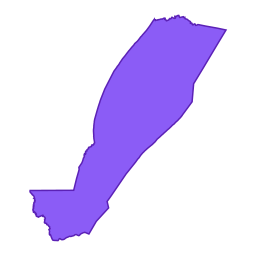 outline of Sinazongwe, Southern, Zambia
{"feature_id": "96606910B20600796740117", "entity_name": "Sinazongwe", "entity_type": "district", "adm_level": 2, "iso_a3": "ZMB", "parent_name": "Zambia", "parent_adm1": "Southern", "projection": "natural_earth1", "projection_center": [27.144, -17.456], "detail": "fine", "context": "isolated", "style": "filled", "palette": "violet", "viewbox_px": 256, "rotation_deg": 0, "n_neighbors": 0, "source": "geoboundaries", "source_scale": "gbopen_adm2", "svg_char_len": 5307}
<svg xmlns="http://www.w3.org/2000/svg" viewBox="0 0 256 256"><path d="M92.2,144.8L91.8,145.0L91.6,145.3L91.4,146.1L91.5,146.5L91.2,146.6L88.6,147.4L88.5,147.8L88.6,148.6L88.1,148.8L86.9,149.9L86.9,150.7L86.8,151.0L86.1,151.0L85.6,151.4L85.7,152.0L85.7,153.7L85.7,153.8L85.3,154.4L85.2,154.4L85.0,153.8L84.8,153.4L84.7,153.4L84.3,154.2L84.2,154.5L84.2,154.8L84.1,155.4L84.2,155.5L84.3,155.6L84.4,156.1L84.1,156.7L84.1,157.1L84.0,157.5L83.4,158.1L83.4,158.3L82.6,161.1L81.8,163.0L78.9,167.3L78.9,167.6L79.0,168.2L79.1,169.6L78.4,172.2L76.6,178.4L73.7,190.3L30.1,190.5L30.0,191.2L30.0,191.4L30.3,192.4L30.6,192.8L31.6,193.4L31.8,193.7L31.8,194.0L32.1,194.4L32.1,194.5L32.5,194.9L32.9,195.2L33.2,195.3L33.2,195.5L33.4,195.7L33.6,195.8L34.0,196.3L34.3,197.3L34.2,197.5L34.1,197.8L34.4,198.1L34.2,198.3L34.3,198.3L34.5,198.5L34.7,198.8L34.7,199.0L34.7,199.3L34.6,199.7L34.9,200.0L35.1,200.6L35.0,201.0L34.9,200.8L34.6,200.8L34.5,201.0L34.7,201.6L34.6,201.9L34.4,202.0L34.1,202.4L34.2,202.5L34.1,202.9L33.9,202.9L33.8,203.2L33.9,204.1L33.8,204.6L33.7,205.0L33.8,205.4L33.6,205.4L33.8,205.7L33.7,206.0L33.8,206.2L33.7,206.4L33.4,206.3L33.3,206.8L33.2,207.0L33.4,207.2L33.5,207.5L33.4,207.8L33.6,208.0L33.3,208.3L33.4,208.5L33.3,208.8L33.1,208.9L33.0,209.2L32.9,209.4L33.2,210.1L33.2,210.4L33.0,210.7L33.2,211.0L33.6,211.2L33.4,211.8L33.4,212.1L33.6,212.3L34.2,212.2L34.3,211.9L34.5,211.9L34.7,212.6L35.1,212.8L35.0,213.1L35.3,212.7L35.6,213.0L35.3,213.2L35.7,213.4L35.8,213.5L35.9,213.8L36.0,213.8L36.2,214.0L35.8,214.3L35.7,214.4L36.2,214.9L36.1,215.5L36.2,215.9L36.4,216.1L36.8,216.4L37.0,216.3L37.5,216.5L37.7,216.8L38.5,217.1L38.7,216.8L38.9,216.9L39.0,216.8L39.2,216.6L40.4,216.2L40.7,216.0L41.8,215.6L42.1,215.5L42.6,215.5L42.4,215.8L42.4,216.0L42.7,216.4L42.9,216.4L43.0,216.2L43.1,215.7L43.5,216.1L43.5,216.5L44.0,216.7L44.5,216.9L44.6,217.2L44.8,217.4L45.0,217.6L45.3,218.2L45.3,218.6L45.2,218.8L44.6,219.2L44.9,219.6L44.7,220.2L44.8,220.4L44.6,221.3L44.5,221.5L44.8,222.4L44.5,222.7L45.2,223.3L45.8,223.3L46.3,223.6L46.6,223.5L46.8,224.6L47.0,224.7L47.5,224.9L48.0,225.0L48.2,225.4L48.5,225.7L48.7,226.2L49.6,226.7L49.6,227.0L49.6,227.9L50.0,228.3L50.1,228.5L49.9,229.0L49.7,229.1L49.0,229.4L48.9,229.6L49.2,230.0L49.6,231.4L49.4,232.4L49.4,233.5L49.4,234.2L49.5,234.6L49.7,234.9L49.8,235.0L50.0,234.9L50.4,234.7L50.7,235.3L51.2,236.8L51.9,238.5L52.6,239.9L52.9,240.1L53.0,240.2L54.1,240.4L56.8,240.5L57.8,240.6L58.0,240.6L58.2,240.4L58.9,239.4L59.2,238.9L59.4,238.7L59.8,238.6L60.0,238.6L60.9,239.3L61.5,239.6L62.0,239.7L63.1,239.6L64.1,239.3L66.6,237.5L67.7,237.2L69.1,236.5L69.7,236.3L70.8,236.5L71.2,236.4L72.1,236.1L73.6,235.7L74.1,235.5L74.4,235.2L74.7,234.9L75.0,234.8L76.1,234.5L77.4,235.1L78.5,235.6L78.8,235.6L79.0,235.6L79.6,235.2L80.4,234.2L81.4,233.6L83.5,232.6L84.2,232.6L84.8,232.3L88.9,234.0L96.3,221.3L108.6,207.9L107.1,201.4L108.4,199.7L111.3,195.6L126.1,173.9L135.5,162.2L137.8,159.0L139.0,157.8L140.5,155.5L142.7,152.9L143.7,152.0L144.5,151.1L147.7,148.2L151.0,145.5L152.3,144.5L153.3,143.5L155.2,141.7L157.2,139.1L159.8,136.9L161.9,134.9L162.7,134.3L163.7,133.3L166.4,130.9L167.5,129.8L168.9,128.7L171.3,126.4L172.4,125.2L174.2,123.9L175.5,122.4L177.8,120.4L178.7,119.3L179.7,118.4L180.2,117.8L181.2,116.7L181.5,116.3L181.4,116.3L192.1,101.8L193.5,85.3L193.6,83.8L203.5,67.5L218.9,41.7L222.3,36.1L226.0,30.0L217.5,28.2L205.8,26.1L198.3,24.6L197.6,24.6L197.2,25.0L196.0,25.4L195.7,25.4L195.1,24.1L194.8,24.0L194.5,23.9L194.1,24.0L193.8,24.4L193.5,24.7L192.8,24.8L192.6,24.8L192.2,24.4L192.1,23.5L191.9,23.2L191.6,23.0L191.1,23.2L190.5,23.3L190.4,23.3L190.3,23.0L190.5,22.0L190.5,21.8L190.0,21.3L188.8,20.7L187.2,19.3L186.1,19.0L185.8,18.8L185.2,18.8L185.0,18.5L184.9,18.1L184.9,17.8L184.8,17.3L184.3,17.5L183.7,17.5L183.4,17.3L183.5,16.9L183.4,16.7L183.2,16.7L180.3,17.4L179.9,17.5L179.7,17.4L179.2,16.7L179.2,16.3L179.0,16.1L178.9,15.6L178.8,15.4L178.6,15.4L178.2,15.4L177.8,15.5L177.4,15.8L177.2,15.8L176.8,16.0L176.4,16.2L175.7,16.6L174.9,16.2L174.8,16.4L174.8,16.6L175.1,17.0L175.6,17.3L175.6,17.6L175.5,17.9L175.2,18.3L174.9,18.4L174.7,18.2L174.4,18.1L174.0,18.3L173.3,18.0L172.2,17.3L171.8,17.3L171.4,18.1L171.0,18.6L170.7,18.8L169.9,18.5L169.4,19.2L169.1,19.2L168.7,20.0L167.8,20.3L166.7,20.8L166.3,20.7L166.1,20.1L165.8,19.8L165.3,19.7L164.7,19.4L164.8,18.8L165.0,18.9L165.2,18.4L165.1,18.2L164.9,18.1L163.9,18.2L163.4,18.4L163.0,18.7L162.2,19.1L161.8,19.1L161.6,19.0L161.2,19.0L160.3,19.2L159.8,19.5L159.4,19.5L159.1,19.6L158.5,19.6L158.3,19.7L158.1,19.9L157.4,19.9L157.3,20.1L156.9,20.1L156.2,20.2L155.5,20.5L155.4,20.5L155.3,19.9L155.3,19.7L154.2,19.6L154.2,19.4L153.2,20.7L149.8,25.9L146.5,30.4L142.5,34.9L142.0,35.6L141.4,36.3L140.7,36.9L139.6,38.4L138.0,40.5L137.2,41.4L134.7,43.6L133.9,44.9L133.2,45.7L131.8,47.2L129.9,49.6L128.4,51.3L127.7,52.3L127.1,53.0L125.1,55.7L122.6,58.7L121.8,59.9L119.9,62.7L119.3,63.8L118.2,65.4L117.2,66.5L116.8,67.3L114.0,71.1L104.8,89.0L100.8,99.1L100.1,101.1L99.6,102.8L99.0,104.5L98.1,107.4L97.3,110.0L94.7,119.2L94.3,121.4L94.3,122.4L94.1,123.3L94.0,124.6L93.9,125.0L93.8,127.5L93.5,129.7L93.5,131.5L93.6,132.9L93.7,134.6L93.8,135.2L93.7,136.4L93.8,136.9L93.9,138.1L93.9,138.6L94.4,141.4L94.6,142.9L94.0,143.4L93.8,144.3L93.7,144.6L93.2,145.0L92.9,145.1L92.6,145.1L92.2,144.8Z" fill="#8b5cf6" stroke="#5b21b6" stroke-width="1.5"/></svg>